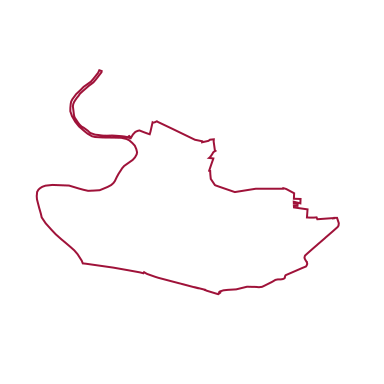 outline of Skrunda, Skrundas, Latvia, rotated 194°
{"feature_id": "27541924B8322531432805", "entity_name": "Skrunda", "entity_type": "district", "adm_level": 2, "iso_a3": "LVA", "parent_name": "Latvia", "parent_adm1": "Skrundas", "projection": "equal_earth", "projection_center": [22.017, 56.673], "detail": "fine", "context": "isolated", "style": "outline", "palette": "rose", "viewbox_px": 384, "rotation_deg": 194, "n_neighbors": 0, "source": "geoboundaries", "source_scale": "gbopen_adm2", "svg_char_len": 3328}
<svg xmlns="http://www.w3.org/2000/svg" viewBox="0 0 384 384"><g transform="rotate(194 192 192)"><path d="M141.8,99.2L140.4,101.0L141.4,101.4L140.9,102.2L140.0,102.8L139.3,103.2L137.7,104.2L133.6,105.7L125.6,108.2L115.7,113.4L111.2,114.4L106.9,115.4L104.0,115.8L102.0,116.6L101.3,116.8L100.0,117.8L92.3,124.4L89.8,126.9L87.5,128.0L84.9,128.6L82.8,129.5L82.0,130.1L81.3,130.8L81.2,131.7L81.3,132.1L81.2,133.6L80.8,134.1L73.6,139.6L66.7,144.9L63.4,147.3L63.0,148.4L62.8,150.1L63.7,152.0L64.0,152.0L65.5,153.5L66.5,154.6L67.0,155.6L67.0,157.3L66.9,157.7L65.1,160.4L61.6,165.5L58.3,170.2L58.1,170.4L57.7,171.1L52.1,179.0L51.7,179.6L51.4,180.1L45.9,187.9L42.2,193.3L41.7,194.8L42.0,197.2L45.0,202.0L47.7,201.3L47.7,200.9L48.5,200.6L48.5,200.9L63.8,195.9L65.0,197.5L67.4,196.7L70.8,195.8L74.3,195.1L75.7,203.1L89.3,201.7L89.9,203.6L87.9,203.9L87.3,204.0L86.3,204.1L86.6,206.2L90.5,205.8L90.9,207.2L84.1,207.2L85.0,211.5L91.5,210.1L92.6,215.5L101.3,217.7L103.3,217.8L104.4,217.8L104.4,217.2L130.9,210.6L150.4,202.3L151.8,202.4L166.6,203.7L170.7,204.1L171.5,204.3L177.0,209.3L177.3,210.3L177.4,210.5L178.5,213.6L179.5,216.9L180.5,216.8L180.5,217.2L180.4,217.8L180.1,221.6L179.8,225.1L179.4,229.2L179.4,229.7L183.6,229.2L183.0,230.0L182.1,232.1L181.5,233.8L181.0,235.6L180.6,236.2L179.2,237.6L179.9,238.0L183.2,246.2L183.6,248.4L187.2,247.1L188.4,245.6L194.2,242.7L194.4,243.7L201.8,243.4L226.1,248.5L242.9,251.9L243.2,252.1L244.9,250.7L246.6,249.8L247.1,250.0L246.9,240.6L247.0,237.8L249.7,238.0L253.3,238.4L257.9,239.0L259.6,238.1L261.5,236.6L263.2,233.6L264.3,230.0L265.7,230.7L267.2,231.5L265.7,229.4L266.8,229.5L267.9,229.7L268.6,229.6L270.8,229.5L273.3,229.2L276.9,228.6L279.8,228.1L283.0,227.5L285.2,226.9L287.9,226.1L291.3,225.3L293.2,225.0L297.0,224.6L299.7,224.2L301.2,224.3L304.3,224.6L304.8,224.7L305.4,224.9L306.5,225.4L307.8,226.2L310.0,227.1L312.7,228.2L315.0,228.8L317.4,230.2L319.3,231.7L324.0,236.0L325.1,238.0L325.8,239.8L328.3,246.3L328.5,248.6L328.1,251.1L327.7,252.2L327.6,252.6L326.5,255.5L325.3,258.0L324.5,260.3L322.3,263.6L318.0,269.8L317.3,270.7L316.1,272.1L314.2,274.5L312.5,277.9L308.8,286.3L308.9,287.5L311.4,287.7L311.9,285.0L315.2,277.7L316.8,274.6L322.6,267.8L324.9,263.9L328.1,258.9L330.5,253.1L331.1,250.6L331.0,248.2L330.4,244.3L329.6,240.9L326.9,236.7L322.4,232.0L317.4,228.2L311.5,225.2L307.4,223.3L302.5,221.9L299.4,221.9L291.4,223.4L281.3,225.8L273.7,227.5L268.4,227.6L265.5,227.0L261.9,225.2L258.7,223.1L256.4,220.1L254.9,217.2L254.8,215.1L255.7,211.8L257.3,208.8L264.1,200.9L265.5,198.2L266.3,195.8L267.6,192.1L268.6,188.3L269.5,183.9L270.4,181.7L272.1,179.2L275.1,176.5L278.6,173.9L282.0,171.4L287.7,169.6L293.1,168.0L297.9,167.9L302.6,168.0L312.9,168.5L329.1,165.1L335.7,162.7L336.9,161.9L337.6,161.5L339.0,160.4L340.6,158.6L341.6,157.0L342.3,154.6L341.8,151.5L341.7,150.6L340.7,147.5L339.1,144.5L336.5,139.7L334.8,136.8L333.2,134.0L331.7,131.0L329.5,129.0L326.4,126.2L321.8,123.1L319.3,121.4L314.0,118.0L307.3,114.5L301.5,111.7L300.5,111.2L296.3,109.1L292.1,106.9L288.0,104.0L282.4,98.7L280.7,96.3L278.0,96.7L250.0,99.6L234.2,100.7L223.3,101.4L219.5,101.4L219.1,102.6L216.5,101.8L215.5,101.6L207.2,100.8L203.9,100.6L164.4,100.1L164.6,100.3L160.0,100.3L157.0,100.3L155.7,100.3L155.7,100.0L155.1,100.0L154.2,99.8L142.5,99.2L141.8,99.2Z" fill="none" stroke="#9f1239" stroke-width="2"/></g></svg>